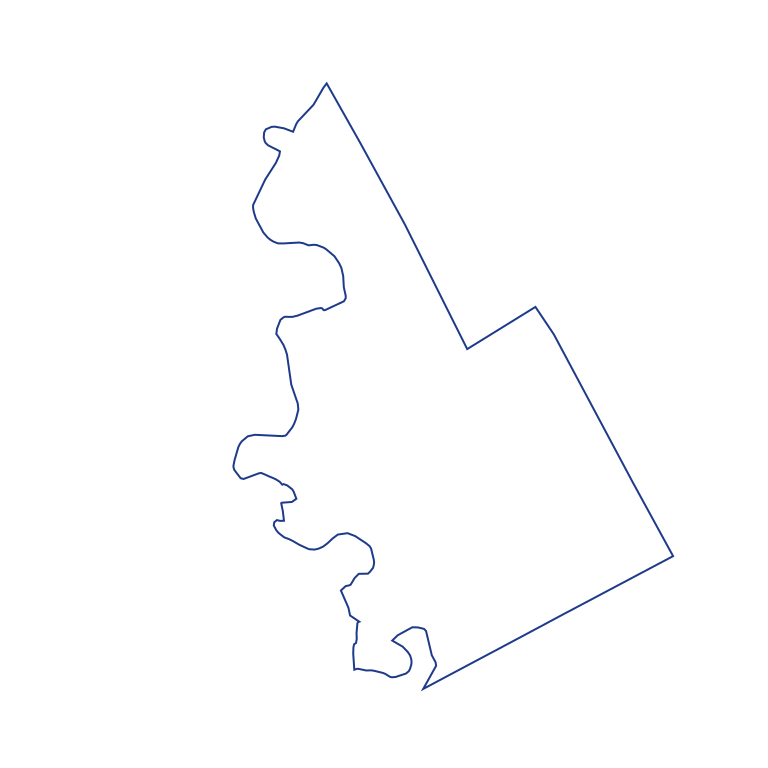 Crittenden, Arkansas, United States of America (Mercator projection), rotated 151°
{"feature_id": "52423323B83994293092269", "entity_name": "Crittenden", "entity_type": "district", "adm_level": 2, "iso_a3": "USA", "parent_name": "United States of America", "parent_adm1": "Arkansas", "projection": "mercator", "projection_center": [-90.188, 35.137], "detail": "fine", "context": "isolated", "style": "outline", "palette": "blue", "viewbox_px": 768, "rotation_deg": 151, "n_neighbors": 0, "source": "geoboundaries", "source_scale": "gbopen_adm2", "svg_char_len": 2430}
<svg xmlns="http://www.w3.org/2000/svg" viewBox="0 0 768 768"><g transform="rotate(151 384 384)"><path d="M214.2,378.0L294.3,374.2L288.4,513.3L287.9,607.0L288.4,674.7L293.3,672.5L310.3,662.4L332.0,655.5L335.0,653.7L341.2,648.7L347.5,656.1L354.7,662.0L357.7,663.4L363.9,664.0L366.9,662.1L369.6,658.0L370.6,654.4L370.7,652.4L369.8,649.3L369.3,648.4L362.2,637.9L364.9,634.6L371.2,629.9L388.8,620.4L411.7,604.0L413.1,601.6L414.5,597.4L415.9,590.9L416.1,575.1L414.8,568.7L413.5,565.3L411.7,562.2L408.7,558.5L404.2,555.9L389.7,548.9L386.6,546.5L382.7,541.8L378.1,539.9L375.5,538.2L370.8,532.7L369.3,530.0L365.4,519.7L364.7,511.5L365.0,506.3L367.3,498.3L372.2,488.2L374.8,479.5L376.1,477.4L377.0,476.9L379.0,475.8L399.8,477.2L401.0,477.9L401.3,479.9L402.1,480.9L406.7,482.7L426.9,485.8L431.5,487.1L438.1,490.8L439.6,491.0L443.5,490.3L450.7,484.3L453.9,480.0L453.3,474.0L453.0,467.2L453.5,462.1L454.6,456.7L465.4,428.4L468.9,408.7L471.4,403.0L471.8,402.6L477.9,396.1L482.0,392.7L485.2,390.6L494.0,386.8L495.5,386.7L498.4,387.8L521.6,402.2L528.5,404.3L536.3,402.8L539.3,401.3L541.9,399.5L551.4,390.1L555.0,385.9L556.0,384.2L556.6,381.4L555.1,371.4L554.7,370.7L552.8,369.0L536.4,366.5L534.4,365.6L531.6,362.0L529.1,358.6L526.4,355.3L524.6,352.7L522.6,349.0L521.8,345.3L520.3,345.1L517.8,342.2L515.3,336.3L515.2,333.7L516.3,326.1L521.8,325.5L530.9,329.7L531.7,329.6L534.2,321.6L537.8,312.9L541.3,314.7L543.6,316.9L547.0,316.3L549.0,313.7L549.1,308.4L548.5,305.1L547.0,301.4L545.5,298.1L542.2,294.3L539.6,290.5L536.0,284.4L530.5,276.9L529.3,275.6L524.9,272.8L521.0,271.7L516.0,271.3L510.5,272.1L503.8,273.8L497.4,274.7L488.2,271.2L482.9,264.9L476.9,253.4L475.2,249.1L475.1,246.3L478.0,235.6L479.1,232.8L481.1,230.1L482.9,228.4L487.2,226.6L490.0,225.9L498.1,230.2L503.6,228.6L510.4,224.7L511.8,224.7L515.5,225.8L521.8,224.3L523.6,205.5L525.9,198.0L520.9,188.1L522.0,188.3L523.2,187.7L528.7,179.6L531.4,174.3L534.0,171.1L536.4,170.8L538.4,168.5L541.6,163.2L548.5,148.5L546.1,148.1L544.6,147.4L538.5,142.1L533.9,139.7L531.5,137.8L525.1,131.9L523.6,130.1L520.7,125.0L519.2,123.6L515.7,122.1L505.1,120.1L501.5,120.8L499.3,122.3L496.4,125.1L495.0,126.9L493.7,129.7L492.8,133.8L493.1,138.0L495.0,145.2L501.2,155.6L493.8,157.6L477.2,157.5L472.4,154.7L467.7,150.4L467.0,147.5L473.7,123.6L473.8,115.7L475.0,112.3L497.5,98.3L382.9,96.3L340.8,95.7L214.6,93.3L214.1,177.4L211.4,345.0L214.2,378.0Z" fill="none" stroke="#1e3a8a" stroke-width="2"/></g></svg>